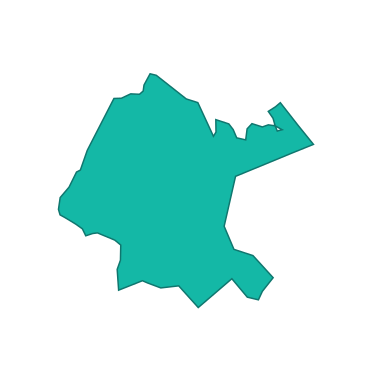 Silveira Martins, Rio Grande do Sul, Brazil (Equal Earth projection), rotated 337°
{"feature_id": "56859067B90684359487697", "entity_name": "Silveira Martins", "entity_type": "district", "adm_level": 2, "iso_a3": "BRA", "parent_name": "Brazil", "parent_adm1": "Rio Grande do Sul", "projection": "equal_earth", "projection_center": [-53.557, -29.638], "detail": "fine", "context": "isolated", "style": "filled", "palette": "teal", "viewbox_px": 384, "rotation_deg": 337, "n_neighbors": 0, "source": "geoboundaries", "source_scale": "gbopen_adm2", "svg_char_len": 941}
<svg xmlns="http://www.w3.org/2000/svg" viewBox="0 0 384 384"><g transform="rotate(337 192 192)"><path d="M294.4,163.6L288.5,160.0L282.2,159.6L273.9,152.5L267.4,155.4L261.8,165.0L254.3,159.6L254.3,150.6L252.5,143.7L242.2,134.7L237.5,146.2L233.5,149.1L232.3,112.0L223.1,104.1L204.7,70.6L199.6,66.8L189.6,74.8L186.5,80.0L181.8,81.5L173.9,77.7L163.6,78.1L156.7,75.4L111.9,112.7L97.8,128.2L93.5,128.5L80.7,139.5L68.5,145.6L62.3,155.8L61.6,161.5L64.9,165.7L72.4,176.1L76.7,183.1L77.1,190.8L84.3,191.4L89.0,192.7L102.1,206.1L105.7,213.0L99.5,226.8L92.9,234.0L86.1,253.7L111.7,254.3L115.7,258.5L125.8,268.1L143.1,273.2L152.6,300.8L194.8,287.4L201.8,310.4L211.0,317.2L218.0,310.9L233.2,302.6L223.3,274.4L208.2,261.2L208.2,236.1L238.2,194.6L297.7,195.2L322.4,195.6L315.7,172.2L308.2,144.3L302.0,146.2L293.7,147.6L295.4,155.8L294.4,163.6ZM294.4,163.6L299.3,169.9L294.3,169.2L294.4,163.6Z" fill="#14b8a6" stroke="#0f766e" stroke-width="1.5"/></g></svg>